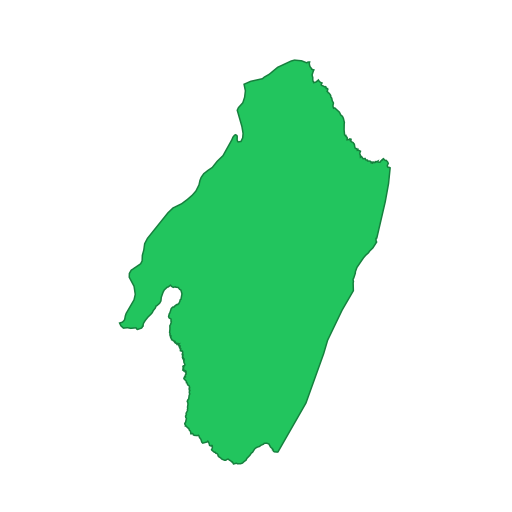 the district of Mwansabombwe, Luapula, Zambia, rotated 25°
{"feature_id": "96606910B97208010005617", "entity_name": "Mwansabombwe", "entity_type": "district", "adm_level": 2, "iso_a3": "ZMB", "parent_name": "Zambia", "parent_adm1": "Luapula", "projection": "equal_earth", "projection_center": [28.784, -9.921], "detail": "fine", "context": "isolated", "style": "filled", "palette": "green", "viewbox_px": 512, "rotation_deg": 25, "n_neighbors": 0, "source": "geoboundaries", "source_scale": "gbopen_adm2", "svg_char_len": 6097}
<svg xmlns="http://www.w3.org/2000/svg" viewBox="0 0 512 512"><g transform="rotate(25 256 256)"><path d="M358.7,424.3L363.4,368.2L358.6,316.0L356.5,302.1L356.9,268.6L358.9,246.3L355.4,239.3L355.1,237.9L354.1,236.7L353.8,235.8L353.9,234.7L353.3,229.7L352.7,228.2L352.3,223.7L354.2,212.2L355.1,209.0L356.6,205.5L356.9,203.5L358.5,199.3L359.4,192.6L359.1,192.6L359.1,192.1L358.6,191.8L357.3,189.3L357.9,188.7L350.2,152.2L345.5,134.3L340.3,119.4L339.5,119.3L338.1,119.9L336.9,118.9L336.7,117.7L336.8,116.3L335.8,115.3L333.7,114.3L333.1,114.7L331.9,114.6L331.0,114.4L330.5,113.9L329.9,114.7L329.9,115.6L329.5,115.7L329.5,116.3L329.0,117.0L328.7,118.7L326.9,119.3L326.3,119.1L326.3,118.6L325.8,119.3L325.3,119.5L325.0,120.2L324.4,120.1L324.5,120.6L324.2,120.6L323.9,121.3L322.9,121.2L322.4,122.7L321.8,122.7L321.6,121.8L320.8,122.1L320.7,122.6L320.0,122.0L319.3,121.8L317.0,122.7L316.7,122.6L316.4,122.0L315.0,122.5L314.4,122.2L313.7,121.5L312.0,122.6L309.5,121.2L308.9,122.3L307.7,120.2L306.9,119.7L306.5,118.5L306.4,116.9L305.1,116.8L303.9,117.1L303.4,116.4L303.0,117.3L302.0,116.1L301.4,116.4L300.0,116.2L297.8,113.0L297.0,112.8L296.2,112.2L293.9,112.1L292.8,111.7L293.2,110.9L292.8,110.0L291.5,110.2L291.2,111.0L289.4,112.2L288.9,110.6L288.3,109.9L287.4,109.8L286.5,108.8L286.2,109.2L285.0,108.6L282.5,104.4L280.1,99.0L279.7,97.7L277.1,94.4L275.3,92.9L273.1,92.3L270.8,90.4L264.8,88.5L263.9,89.3L262.8,88.2L261.9,86.5L261.8,85.4L261.4,84.5L259.5,83.1L257.9,80.9L256.5,80.2L255.8,78.9L253.6,77.6L252.2,77.4L251.2,76.6L250.9,76.7L250.7,74.7L250.1,74.0L248.9,74.6L248.1,73.3L247.1,73.2L246.7,73.7L244.8,73.5L243.5,73.7L242.7,73.3L242.7,71.3L241.1,71.4L239.6,71.0L238.1,70.1L237.5,71.9L237.1,72.1L237.0,72.7L236.5,73.4L235.0,74.5L234.6,73.8L233.7,73.5L233.2,72.5L232.8,72.1L232.2,70.5L230.3,68.2L229.8,64.2L229.8,62.9L227.6,63.3L227.4,62.8L224.8,61.5L223.0,59.2L222.6,57.5L221.1,58.3L220.3,59.5L214.9,59.8L208.1,62.2L205.4,64.5L195.9,75.8L191.2,85.7L187.9,90.4L186.9,92.6L177.4,99.9L172.6,105.4L176.6,110.8L178.6,116.9L179.3,122.7L177.4,128.9L177.4,131.8L188.6,144.7L192.5,150.4L194.0,154.5L194.0,158.5L191.7,160.1L191.1,160.1L189.8,158.7L188.5,155.7L187.8,154.9L186.3,154.7L185.5,155.6L184.9,158.0L185.0,161.1L183.7,179.0L180.8,186.6L179.0,194.2L176.4,198.5L173.9,203.4L173.1,207.9L173.3,211.2L174.3,215.6L174.1,222.5L172.6,227.7L169.9,233.8L166.5,240.1L160.5,247.5L158.0,253.9L150.2,285.8L149.9,291.9L151.8,298.0L152.7,303.4L154.9,308.6L154.7,311.9L148.9,321.6L148.6,325.3L150.1,328.8L158.3,335.0L162.8,341.8L164.0,347.3L162.6,362.9L162.9,365.6L163.6,368.2L163.8,369.9L162.9,372.4L160.7,374.4L163.1,376.4L166.3,377.4L169.8,375.3L173.0,374.5L177.6,371.8L178.8,372.6L179.6,372.7L182.7,369.7L183.0,368.6L182.8,367.7L183.3,367.3L182.6,365.5L182.5,364.1L182.9,361.1L183.9,357.0L185.3,353.4L185.9,351.3L186.0,348.7L186.7,346.0L186.7,344.9L186.5,343.7L187.1,343.0L188.6,339.6L188.8,336.9L187.6,333.4L187.1,328.3L187.2,325.6L188.7,321.8L189.6,321.1L190.8,318.6L192.2,319.2L194.3,319.4L195.8,318.0L196.4,318.2L198.9,317.4L200.9,318.5L202.3,318.6L204.9,321.6L206.3,327.0L205.8,327.7L206.2,329.5L206.1,332.1L205.5,332.7L205.5,333.2L204.9,333.3L204.3,333.9L204.2,334.9L203.8,335.1L203.2,336.3L203.2,337.1L202.1,337.5L201.4,339.4L202.0,344.2L201.8,345.0L202.4,347.9L203.4,348.8L205.6,349.1L206.2,350.0L206.3,350.9L207.1,351.4L207.5,354.2L207.4,355.6L208.8,358.4L210.1,362.0L211.0,362.7L211.1,363.4L211.8,364.5L212.4,364.3L212.5,365.0L212.8,365.5L213.1,365.4L213.3,366.2L214.3,366.6L214.9,367.6L215.8,367.4L216.9,367.8L217.3,367.6L217.7,367.9L218.6,367.7L218.7,368.4L219.1,368.3L219.4,368.6L219.2,368.8L219.6,369.1L219.6,369.5L220.0,368.5L221.6,369.4L221.8,368.5L222.1,368.2L222.7,368.6L223.0,368.4L222.8,368.8L223.3,368.7L223.3,369.4L223.8,369.3L223.9,369.6L224.2,369.6L224.1,370.0L224.6,370.4L224.9,370.5L225.3,370.1L225.4,371.1L225.7,371.0L225.7,371.4L226.1,371.8L226.9,371.8L227.0,372.6L227.1,373.1L227.4,373.1L227.6,373.8L228.6,373.7L228.8,373.2L229.6,373.4L230.3,374.2L230.5,375.1L230.8,375.4L230.9,375.8L230.6,376.1L230.8,376.5L231.3,376.4L231.2,376.9L231.9,377.2L232.0,378.5L232.5,378.7L232.3,379.1L233.1,379.9L233.4,379.5L233.6,379.7L234.0,380.3L234.1,379.8L234.5,379.8L234.8,381.2L235.2,381.4L235.3,382.5L237.4,384.4L237.6,384.9L237.3,386.2L236.6,386.2L236.4,386.9L237.3,387.4L237.2,387.9L237.5,387.8L237.8,388.5L237.6,389.2L237.8,389.8L237.8,390.3L238.3,390.4L238.7,389.9L239.0,390.3L239.1,390.0L240.3,389.8L240.3,390.5L240.7,390.6L240.6,390.9L240.8,391.0L241.1,390.5L241.4,390.9L241.6,390.6L242.4,392.0L242.6,392.6L242.2,392.8L242.4,394.4L242.9,395.2L242.3,395.5L242.3,395.9L242.9,395.8L242.3,397.1L242.5,397.7L245.7,398.9L246.5,400.2L246.9,400.0L247.6,400.5L248.4,401.6L250.4,402.0L251.5,403.3L251.6,403.7L251.3,404.0L251.7,404.4L251.6,404.9L252.6,405.5L252.5,405.9L252.9,406.1L252.8,406.7L253.4,408.3L254.1,408.7L254.3,409.1L254.3,410.5L255.4,414.0L255.0,415.0L255.2,415.8L255.0,416.6L255.3,417.1L255.9,417.3L257.0,419.1L257.8,422.0L258.5,422.9L258.7,424.2L259.3,424.9L259.1,428.0L259.6,429.0L260.0,429.3L259.8,430.9L260.6,432.0L261.6,432.6L262.5,436.8L262.1,437.7L262.8,438.7L263.8,439.2L263.8,439.9L264.6,439.8L267.2,440.7L267.8,440.6L269.2,442.0L270.4,442.4L271.2,443.2L271.8,444.3L272.3,444.7L273.1,443.8L274.1,443.9L274.8,444.6L275.9,444.6L278.7,443.6L279.6,442.8L280.5,443.3L281.5,444.4L283.5,445.4L285.5,447.6L286.8,448.1L290.3,445.2L290.5,444.2L290.8,444.2L292.8,445.8L294.0,447.3L295.6,447.2L296.0,446.3L296.4,446.3L297.3,447.8L297.7,449.3L297.5,450.2L297.9,450.6L301.2,451.5L302.0,451.1L303.0,451.8L304.1,451.5L305.4,452.0L306.0,453.1L306.3,453.0L307.2,453.7L309.2,453.9L310.6,454.5L313.8,454.4L314.9,453.9L315.7,452.5L316.6,451.8L318.5,452.3L319.3,452.2L321.0,452.9L321.6,452.6L323.5,454.0L325.8,452.1L327.1,452.1L329.9,450.7L331.3,449.3L331.8,447.9L333.3,445.1L333.2,443.5L334.7,439.2L335.1,436.4L335.8,435.5L336.3,431.5L336.8,430.3L338.0,428.6L339.7,427.1L340.4,425.5L342.3,423.4L342.6,422.3L344.9,421.1L347.1,420.9L349.9,423.0L352.5,423.8L352.8,424.6L353.4,424.4L354.0,425.3L354.7,425.6L355.4,425.7L358.2,424.7L358.7,424.3Z" fill="#22c55e" stroke="#15803d" stroke-width="1.5"/></g></svg>